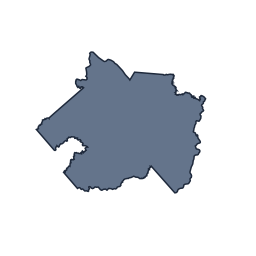 outline of São Gabriel da Cachoeira, Amazonas, Brazil, rotated 319°
{"feature_id": "56859067B34307291662166", "entity_name": "São Gabriel da Cachoeira", "entity_type": "district", "adm_level": 2, "iso_a3": "BRA", "parent_name": "Brazil", "parent_adm1": "Amazonas", "projection": "natural_earth1", "projection_center": [-67.662, 0.359], "detail": "fine", "context": "isolated", "style": "filled", "palette": "slate", "viewbox_px": 256, "rotation_deg": 319, "n_neighbors": 0, "source": "geoboundaries", "source_scale": "gbopen_adm2", "svg_char_len": 5831}
<svg xmlns="http://www.w3.org/2000/svg" viewBox="0 0 256 256"><g transform="rotate(319 128 128)"><path d="M137.6,209.6L140.4,208.7L141.2,207.3L141.8,206.9L143.4,206.8L144.6,205.8L145.2,204.4L145.3,202.9L145.8,201.9L150.1,199.0L153.3,197.6L155.8,195.4L157.4,194.6L159.5,192.6L161.0,192.6L162.9,193.9L163.6,194.0L165.0,193.4L166.2,193.2L167.0,192.7L167.4,192.1L167.5,191.3L166.8,189.8L166.0,188.9L165.9,188.3L167.0,185.7L168.1,185.8L170.1,185.4L172.4,186.4L173.1,186.3L173.6,185.7L173.9,184.6L174.1,181.9L174.8,180.4L175.8,179.3L175.7,178.6L174.6,178.9L174.5,178.6L175.5,176.0L175.4,175.2L174.9,174.4L174.8,173.8L175.1,173.4L176.2,172.8L177.5,171.6L178.9,170.9L180.0,169.9L182.3,169.1L183.6,167.6L184.5,167.5L185.8,169.2L186.4,169.5L189.2,168.5L191.0,166.8L191.0,165.5L191.8,164.5L192.2,164.4L193.1,164.7L194.1,164.3L195.6,164.6L196.6,164.3L197.1,162.0L198.0,161.4L198.2,159.4L199.1,158.8L200.7,158.9L201.2,158.7L202.1,157.7L202.9,157.9L203.8,157.8L204.1,157.4L205.7,156.9L205.8,154.6L205.3,152.8L204.5,151.5L204.0,151.5L203.7,151.9L203.3,152.0L202.4,151.5L201.7,152.5L201.6,153.7L201.1,154.0L200.5,153.7L200.0,154.2L199.5,152.1L198.4,150.3L198.0,150.6L198.5,150.1L198.7,148.9L198.1,148.8L197.9,149.3L197.2,148.8L198.6,147.1L198.2,146.7L197.1,146.3L196.7,146.4L196.6,146.9L196.4,146.7L196.9,146.0L196.8,145.7L197.3,145.5L197.2,144.8L197.5,144.3L197.2,143.5L197.3,142.1L197.1,141.7L196.5,141.4L196.1,140.6L195.7,140.4L195.7,140.0L195.0,138.9L194.6,138.7L193.9,138.9L192.4,138.9L191.5,138.1L191.1,138.6L190.7,137.8L189.3,137.2L188.9,136.4L188.3,136.0L187.6,136.2L187.0,135.8L187.1,135.4L186.7,134.8L186.3,134.8L186.4,134.1L185.9,133.6L186.1,133.4L186.5,133.6L187.2,132.6L187.1,132.3L187.5,132.5L188.1,131.8L188.8,131.8L188.8,131.3L189.3,131.3L189.5,131.6L189.5,130.5L189.9,129.5L190.3,129.3L190.0,128.8L190.3,128.7L190.7,129.0L190.8,128.8L190.8,128.0L190.6,127.8L190.7,127.5L190.3,127.1L190.6,125.9L190.0,125.3L190.2,124.8L190.1,124.1L190.5,123.9L190.3,123.5L190.8,123.0L191.0,123.1L190.8,122.8L191.5,122.6L191.6,122.0L192.0,121.8L192.4,122.2L193.0,120.9L193.7,121.0L194.1,120.4L194.7,120.4L195.2,119.9L195.4,120.1L195.7,119.4L196.2,119.4L197.0,118.9L196.8,118.3L197.1,118.2L197.3,117.4L196.8,117.3L196.5,116.3L195.6,115.9L195.4,115.3L194.1,114.4L192.9,113.9L192.0,112.6L191.4,112.7L189.8,111.6L189.7,110.8L169.6,90.2L160.9,93.0L161.1,91.4L160.9,86.1L161.5,81.0L161.2,72.6L160.5,70.7L160.6,68.5L159.6,65.6L158.3,63.5L157.7,63.1L155.1,63.1L153.8,62.3L153.5,61.7L152.0,55.6L151.4,48.0L150.6,47.0L149.7,46.4L148.1,46.5L147.5,47.9L144.0,50.2L143.6,50.8L143.3,52.3L142.3,53.2L141.5,55.4L141.0,55.9L139.1,56.0L136.2,55.2L135.5,55.2L133.6,58.4L132.1,60.4L131.2,61.1L130.1,61.3L130.3,62.7L130.1,63.2L129.7,63.3L129.4,64.1L129.0,64.3L127.8,64.2L125.2,61.3L123.5,61.2L122.9,59.7L122.5,59.3L122.2,58.4L121.5,57.6L120.9,57.9L120.6,57.6L120.0,57.8L119.4,58.6L119.0,58.6L117.7,60.1L117.3,62.2L116.9,63.0L116.8,64.4L118.1,64.3L117.6,65.8L118.0,66.8L118.6,66.7L119.2,66.2L119.8,66.2L120.5,66.9L120.1,67.6L120.8,67.7L120.9,68.5L82.7,68.5L75.0,68.6L74.7,68.9L74.7,68.4L73.4,67.4L72.5,67.1L72.3,67.3L71.9,67.2L71.6,66.9L71.5,67.3L71.2,67.2L71.2,66.8L70.9,67.0L68.7,65.9L68.2,66.6L65.9,67.7L65.6,68.3L65.2,68.0L63.9,68.4L63.8,67.9L63.2,68.0L62.8,67.8L62.6,68.0L61.6,68.0L60.3,68.9L60.0,69.7L59.6,69.5L58.6,69.7L58.3,69.5L58.5,69.2L57.9,69.0L57.8,96.5L58.3,97.1L59.0,97.2L59.4,97.0L60.0,95.8L60.7,95.3L61.7,95.0L62.0,95.2L62.8,94.7L63.0,96.7L63.8,96.9L64.3,96.4L66.7,95.7L67.4,96.4L68.2,96.7L69.9,96.8L70.9,96.4L72.6,96.6L73.0,96.7L73.1,97.7L73.8,97.9L75.2,96.1L75.9,96.4L77.4,96.1L77.9,97.1L78.3,97.2L78.5,97.5L79.5,97.4L81.7,99.8L81.8,100.2L81.1,100.9L81.7,101.4L82.9,101.9L83.3,102.5L82.3,103.1L82.5,104.4L83.0,104.4L84.3,105.5L84.1,106.6L83.2,106.6L83.2,107.6L83.7,108.4L84.0,109.6L83.7,110.4L83.4,110.6L82.9,110.5L82.4,111.1L82.4,111.8L84.0,113.1L85.1,115.4L85.0,116.0L84.4,115.5L82.6,115.1L82.2,115.3L81.8,117.3L81.4,117.1L80.4,117.4L80.3,117.2L79.4,117.2L78.7,117.4L78.2,117.4L78.7,116.7L78.4,116.0L78.6,115.5L78.1,115.4L77.2,116.1L76.6,115.8L76.6,116.3L76.0,117.0L75.6,116.3L74.1,114.9L74.0,114.3L73.0,113.4L73.0,112.8L72.2,112.5L71.8,111.7L71.4,111.7L70.8,112.0L70.3,112.7L69.6,112.9L69.4,113.2L69.4,113.9L68.2,113.9L68.2,114.4L67.3,115.0L67.1,115.8L66.7,115.8L66.7,116.3L65.6,116.0L64.8,114.7L63.9,114.5L63.5,114.7L63.5,115.2L62.5,115.7L62.2,116.8L61.7,116.9L61.3,116.6L59.1,118.7L59.0,118.3L58.3,118.0L58.0,118.2L57.7,118.1L56.2,118.6L55.9,118.3L55.2,118.2L54.7,119.0L54.1,119.5L53.2,119.2L53.0,118.8L52.0,118.8L52.3,119.2L52.1,119.8L51.4,120.2L51.1,120.0L51.0,119.4L50.3,119.3L50.2,140.5L51.5,140.7L52.3,141.2L52.5,141.8L52.4,143.2L52.5,143.7L53.4,144.0L53.8,144.4L54.1,147.2L55.5,148.2L56.3,149.7L57.0,149.7L57.6,148.8L59.0,148.6L59.5,147.0L59.8,146.7L60.4,146.9L61.0,147.8L60.9,149.2L61.4,150.4L62.5,150.9L64.1,150.8L64.7,151.1L65.2,151.9L66.8,153.1L66.7,156.4L67.2,157.6L67.9,158.0L69.1,158.1L70.6,159.1L71.1,159.6L71.2,160.9L71.5,161.2L73.6,160.9L74.1,161.1L74.5,161.9L75.4,162.5L76.1,164.2L77.8,164.7L78.7,165.9L79.7,166.1L81.2,165.6L82.6,166.2L83.5,166.8L85.0,166.6L85.5,165.8L87.0,165.1L88.2,165.3L88.2,164.8L88.9,164.5L90.0,164.7L90.9,164.2L92.4,164.5L94.5,165.7L95.1,166.3L96.3,166.4L97.6,167.3L100.7,168.2L101.7,170.3L102.6,171.1L103.4,172.2L103.6,173.7L103.9,174.1L105.6,175.5L105.7,175.3L106.1,175.8L107.2,176.2L107.4,175.9L108.1,176.3L108.3,176.0L108.8,176.3L109.6,176.0L110.9,176.4L111.9,175.2L113.2,175.2L113.6,174.6L113.9,174.7L114.7,173.9L116.0,173.4L116.0,173.0L116.5,172.8L116.8,173.1L116.9,172.4L117.5,172.8L117.8,172.4L118.8,172.1L118.9,172.4L119.7,172.3L120.0,172.6L120.0,172.2L120.2,172.5L120.5,172.3L120.8,207.7L122.0,208.4L123.5,208.4L124.5,207.7L125.8,207.3L127.8,207.8L129.9,209.2L131.4,208.8L132.3,208.0L133.1,207.6L134.3,207.9L136.7,209.5L137.6,209.6Z" fill="#64748b" stroke="#1e293b" stroke-width="1.5"/></g></svg>